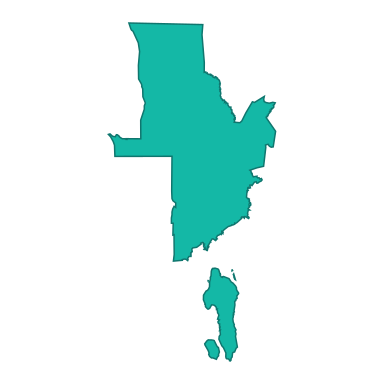 Davao del Norte, Davao del Norte, Philippines (Natural Earth projection)
{"feature_id": "2640588B4700873759555", "entity_name": "Davao del Norte", "entity_type": "district", "adm_level": 2, "iso_a3": "PHL", "parent_name": "Philippines", "parent_adm1": "Davao del Norte", "projection": "natural_earth1", "projection_center": [125.731, 7.448], "detail": "fine", "context": "isolated", "style": "filled", "palette": "teal", "viewbox_px": 384, "rotation_deg": 0, "n_neighbors": 0, "source": "geoboundaries", "source_scale": "gbopen_adm2", "svg_char_len": 6039}
<svg xmlns="http://www.w3.org/2000/svg" viewBox="0 0 384 384"><path d="M128.9,23.0L130.8,28.8L131.6,30.2L133.0,31.2L138.3,42.8L139.6,51.5L138.4,65.3L138.6,79.0L141.4,83.9L141.9,85.9L141.7,86.6L142.7,88.8L142.9,96.8L145.2,102.6L145.2,103.6L144.3,105.8L144.3,109.2L140.7,120.1L140.8,138.8L126.5,138.7L126.8,139.4L125.9,139.4L125.6,138.8L122.2,138.7L119.6,137.0L119.0,136.0L117.4,134.8L116.4,134.7L115.3,136.7L112.7,136.3L110.0,133.9L108.4,134.4L110.6,136.8L113.2,141.5L114.5,145.2L114.9,156.4L172.0,156.3L171.7,191.0L172.0,198.7L173.0,200.8L175.7,202.9L175.7,207.4L174.1,206.3L172.7,209.0L172.0,212.0L172.0,214.8L171.4,217.9L171.4,223.2L173.2,223.3L172.9,235.1L174.0,234.7L174.2,254.5L173.4,261.1L182.3,260.3L182.2,259.6L184.2,259.1L185.8,259.2L187.7,260.6L188.1,259.6L187.7,258.4L188.9,256.5L190.9,256.4L190.7,255.8L191.1,255.2L190.6,254.1L191.0,253.9L190.9,252.6L191.6,252.4L191.7,251.6L192.2,251.5L191.8,249.0L192.8,247.9L196.7,247.3L201.1,244.1L200.7,243.2L202.6,242.4L203.3,242.7L203.3,243.6L204.4,244.1L203.5,244.9L204.1,245.5L203.6,246.2L204.6,248.5L204.0,249.4L204.7,249.5L205.2,248.3L205.5,249.6L206.1,249.5L206.7,250.4L207.3,250.5L207.8,248.2L208.8,246.9L208.8,246.3L208.3,246.1L207.5,247.1L207.6,246.4L209.7,243.1L210.0,243.4L209.8,243.0L210.2,242.2L210.5,242.2L210.2,242.1L210.6,242.1L210.4,241.6L212.2,238.9L213.4,239.0L214.9,240.1L215.9,239.5L216.0,240.1L216.5,239.5L216.2,239.3L216.3,239.2L217.2,238.8L216.3,237.7L217.5,235.5L218.8,235.2L220.0,234.2L220.8,234.0L221.2,234.6L221.8,234.0L221.8,231.9L222.7,232.9L222.6,232.1L223.0,232.2L222.7,231.2L224.1,229.7L228.2,226.5L231.2,225.6L231.9,224.8L232.6,225.1L234.7,224.2L234.7,223.3L235.2,223.6L236.9,222.6L241.7,218.3L242.2,217.2L241.6,217.2L241.8,216.9L243.8,216.9L243.7,217.6L244.3,218.1L244.5,216.6L245.0,216.5L248.6,218.5L249.1,217.8L248.7,217.0L247.4,216.1L247.9,214.2L247.5,213.4L248.3,210.1L249.6,210.0L248.2,209.0L248.1,208.5L249.2,207.2L249.2,205.8L249.7,206.3L249.9,205.6L250.7,205.2L250.8,204.3L250.6,203.3L249.5,203.5L250.1,202.5L249.1,201.7L249.5,200.7L249.0,199.8L249.3,199.1L248.6,198.5L247.8,198.7L246.5,197.3L246.9,192.3L247.4,191.8L246.9,190.9L248.2,190.3L247.6,189.4L247.8,187.8L248.2,187.4L249.0,188.2L250.4,187.9L249.8,185.2L251.3,185.0L252.0,185.6L254.4,182.2L256.2,181.7L256.7,183.1L257.8,183.1L259.6,181.7L261.0,181.2L262.1,179.9L261.4,178.5L259.8,179.0L259.1,177.8L257.6,177.8L256.9,176.9L257.0,176.2L253.3,176.8L252.4,175.2L252.1,173.4L251.5,173.5L250.9,171.0L249.9,170.2L257.0,167.8L263.6,166.3L265.8,147.4L265.5,145.0L268.1,144.3L269.4,146.2L271.2,147.2L273.2,146.9L275.6,131.3L266.2,117.7L266.3,116.9L267.5,116.6L267.4,115.5L267.9,115.5L268.4,114.8L268.4,114.0L269.8,112.6L269.5,111.6L270.0,111.2L270.5,111.7L270.8,111.5L270.4,110.2L271.0,110.3L271.6,109.5L271.4,108.6L272.1,108.2L272.4,108.6L273.7,107.4L273.8,105.8L273.3,105.2L274.4,104.4L275.2,102.8L272.8,102.3L269.3,103.2L266.2,102.6L264.2,101.6L263.7,99.2L264.3,96.4L254.6,102.4L252.4,101.8L245.9,112.8L241.8,121.0L239.9,122.7L234.2,122.2L234.6,121.1L234.1,119.4L235.1,119.4L235.2,117.9L234.6,118.2L234.9,117.4L234.4,116.3L234.6,115.7L233.7,115.6L233.8,114.4L233.4,113.9L232.5,113.9L232.5,113.0L231.1,113.5L231.7,112.9L232.0,111.6L231.8,109.7L231.4,109.5L231.4,109.9L230.9,109.2L230.9,107.1L229.3,107.1L227.9,105.1L227.8,103.4L226.5,102.9L226.1,103.2L226.1,102.2L225.4,101.5L224.7,102.1L224.9,101.2L224.3,100.9L224.3,100.3L223.9,100.5L223.1,99.9L222.5,100.3L222.3,99.3L220.8,97.8L220.9,96.8L220.2,95.9L220.8,93.5L220.5,91.7L219.9,91.3L220.0,90.2L220.4,90.2L220.6,89.3L219.8,89.3L220.2,87.9L219.5,87.2L220.1,84.6L219.5,84.2L219.7,83.5L220.2,83.3L219.3,80.3L217.7,78.8L217.1,78.7L217.4,78.1L215.7,76.7L215.1,76.7L214.9,77.8L214.3,77.7L212.8,76.8L213.0,76.0L212.2,75.9L212.2,75.4L210.9,75.3L211.7,74.3L211.2,74.7L210.7,74.2L208.7,74.4L207.5,73.8L207.2,72.9L206.7,73.2L205.7,72.5L205.7,72.1L205.2,72.3L204.8,71.9L204.2,72.2L204.3,62.6L202.0,34.8L202.8,24.6L128.9,23.0ZM218.0,269.0L214.9,268.1L214.5,268.4L213.5,268.3L213.0,268.7L212.7,268.5L212.2,269.4L211.9,269.3L211.3,271.2L211.0,275.9L210.3,277.4L210.4,279.1L209.6,281.9L209.5,286.8L209.2,287.5L208.8,287.5L209.1,287.6L208.5,289.1L207.5,290.3L206.0,291.1L203.5,295.2L203.4,299.8L205.0,303.6L204.9,304.3L205.3,304.4L205.5,306.7L207.6,309.0L208.4,309.1L209.7,308.3L211.6,304.9L212.3,304.9L212.4,305.5L212.3,304.9L213.9,305.1L215.2,306.0L215.1,306.6L215.3,306.2L216.2,307.2L216.5,309.0L216.5,309.4L216.8,309.3L216.6,309.6L217.3,310.1L217.6,312.9L218.3,313.7L218.8,315.3L217.7,318.7L218.4,319.7L218.6,319.4L219.0,319.5L218.5,319.6L218.9,319.8L218.6,319.9L218.9,320.7L218.0,321.6L218.0,322.3L218.6,323.6L219.7,324.0L219.4,325.4L220.0,326.4L220.0,327.3L219.5,327.3L219.8,328.3L219.6,328.9L220.1,330.1L219.8,330.1L220.1,330.1L219.7,330.6L220.0,330.6L220.4,334.6L219.2,336.3L218.9,339.2L221.8,345.8L223.4,347.6L225.9,353.0L225.8,356.9L226.2,358.3L226.7,358.8L228.3,358.9L229.4,359.7L229.5,360.7L230.2,361.0L230.9,360.4L231.2,358.2L232.1,357.1L232.6,352.9L233.5,352.2L234.6,352.0L236.1,348.3L237.4,347.1L235.5,336.3L236.0,334.0L235.3,331.1L236.0,329.9L234.3,326.6L234.0,325.6L234.3,324.8L233.2,321.9L232.8,318.6L233.3,316.8L233.2,315.5L233.8,314.8L233.3,314.2L233.8,313.7L233.4,312.9L234.4,311.9L234.0,310.9L234.9,305.1L234.7,301.4L235.8,300.6L236.0,299.2L237.1,298.4L236.8,295.9L238.6,293.7L238.5,292.8L237.1,290.8L236.4,289.1L236.5,287.9L235.7,286.2L233.0,283.1L231.2,282.0L229.0,278.6L223.5,276.5L222.6,276.7L222.5,277.4L221.3,277.0L220.1,275.2L220.5,274.5L220.3,273.7L219.9,273.7L218.8,270.0L218.0,269.0ZM212.6,340.0L208.2,339.9L206.9,340.9L204.7,343.8L205.0,345.0L208.2,350.6L209.1,353.0L208.7,354.4L209.6,356.4L211.4,357.9L212.9,357.9L216.4,359.3L217.4,357.1L218.6,355.8L218.5,354.3L219.4,352.0L218.4,347.4L217.7,347.2L216.9,346.1L214.2,340.6L212.6,340.0L212.7,339.7L212.6,340.0ZM233.7,273.9L233.3,274.5L233.9,275.9L233.9,277.1L234.8,279.3L235.4,279.7L233.7,273.9ZM232.0,269.4L232.0,270.5L232.1,270.4L232.4,270.7L232.6,270.6L232.0,269.4ZM208.3,279.9L208.0,280.8L208.1,281.0L208.3,279.9Z" fill="#14b8a6" stroke="#0f766e" stroke-width="1.5"/></svg>